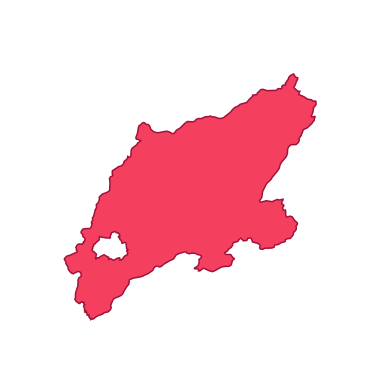 Lima Puluh Kota, Sumatera Barat, Indonesia (Equal Earth projection), rotated 68°
{"feature_id": "22746128B97954273808268", "entity_name": "Lima Puluh Kota", "entity_type": "district", "adm_level": 2, "iso_a3": "IDN", "parent_name": "Indonesia", "parent_adm1": "Sumatera Barat", "projection": "equal_earth", "projection_center": [100.621, 0.029], "detail": "fine", "context": "isolated", "style": "filled", "palette": "rose", "viewbox_px": 384, "rotation_deg": 68, "n_neighbors": 0, "source": "geoboundaries", "source_scale": "gbopen_adm2", "svg_char_len": 6098}
<svg xmlns="http://www.w3.org/2000/svg" viewBox="0 0 384 384"><g transform="rotate(68 192 192)"><path d="M185.5,307.3L187.5,309.9L188.5,310.1L190.3,309.4L192.7,309.8L194.4,308.8L195.3,308.7L197.3,309.9L197.3,311.1L198.6,311.5L198.6,312.9L199.3,313.6L198.1,315.5L197.8,316.7L198.0,317.8L198.7,319.2L200.0,320.5L201.1,320.3L202.4,321.0L204.0,320.6L204.6,321.2L204.9,329.0L204.6,331.4L204.7,332.5L205.8,335.0L206.6,335.6L209.1,335.2L211.3,335.7L214.9,335.1L216.9,335.6L218.7,335.4L221.6,334.5L223.3,332.8L222.9,327.9L223.4,326.8L225.0,325.3L228.4,326.1L229.3,329.1L231.1,330.8L233.5,331.5L234.3,332.3L235.4,332.3L242.2,337.9L246.2,339.6L247.5,340.8L249.8,340.5L252.9,338.6L253.4,337.8L252.7,336.8L252.9,335.6L252.6,335.0L253.6,334.6L254.0,333.4L254.6,334.0L255.6,334.1L256.2,333.6L256.4,334.5L257.5,335.4L260.0,335.2L261.0,336.0L261.7,335.6L262.3,335.9L262.6,335.3L263.1,336.3L263.7,336.0L263.9,334.8L267.0,335.3L267.1,333.7L268.3,333.8L268.4,334.2L270.5,334.1L271.3,333.8L271.1,333.2L271.8,333.3L271.6,333.1L272.5,332.5L272.7,330.7L272.1,329.0L271.5,325.7L271.7,320.8L271.0,318.3L271.7,314.7L270.7,311.9L269.1,310.3L266.5,309.8L261.9,305.2L261.5,302.8L261.6,299.2L261.3,296.5L260.6,294.5L258.5,292.3L254.9,287.3L253.8,285.0L252.6,284.8L252.1,283.9L250.7,283.7L249.9,282.9L249.9,278.3L251.0,273.7L251.6,269.7L251.3,267.6L251.3,263.8L250.0,257.7L248.0,255.5L247.6,254.2L247.4,252.8L247.9,251.5L249.0,250.8L249.4,249.9L249.4,248.0L248.4,245.4L247.3,237.9L247.2,234.2L244.4,230.2L244.2,226.8L244.9,220.4L245.5,219.8L246.4,219.8L248.2,217.8L248.6,215.0L249.7,212.8L250.8,211.2L252.2,210.2L253.3,208.3L255.3,207.2L256.3,208.2L257.2,210.8L260.5,212.0L262.8,214.3L263.3,217.8L263.6,218.3L264.3,218.1L265.6,215.2L267.2,215.0L267.5,215.5L268.0,214.7L268.0,213.6L267.0,210.7L267.5,209.3L271.4,205.6L273.5,202.9L273.6,201.2L272.6,192.7L273.6,188.6L274.6,186.2L274.7,184.3L274.2,182.9L270.6,180.1L270.1,178.4L269.8,177.8L269.3,177.8L268.2,178.7L264.9,179.4L264.2,180.0L262.7,183.8L261.4,184.6L260.5,184.3L260.0,181.0L258.8,179.8L258.0,176.4L256.5,174.2L255.0,173.7L254.4,171.4L255.0,169.4L254.9,167.9L253.9,166.5L253.1,164.5L253.2,164.1L253.8,163.7L256.5,162.7L257.5,159.4L255.9,157.6L255.8,157.0L256.8,154.8L257.6,154.4L261.0,154.6L264.0,150.7L265.8,149.1L267.1,148.9L269.2,150.2L270.0,150.2L270.4,150.0L271.6,148.1L271.7,147.7L271.4,146.2L271.5,145.7L272.1,143.2L272.7,142.8L272.8,141.8L273.9,138.8L273.9,136.9L273.8,136.4L272.3,135.4L272.1,134.8L272.9,132.6L272.9,130.9L272.4,128.7L272.9,124.8L272.7,124.1L271.3,123.4L271.1,121.6L271.1,120.7L271.9,118.4L269.8,114.4L267.5,112.8L266.7,110.8L265.5,109.2L262.4,108.1L261.4,106.4L260.3,105.8L256.8,107.5L252.6,108.4L251.3,109.9L251.0,110.6L250.9,112.9L250.4,113.8L247.6,113.6L245.7,112.5L244.4,112.5L243.8,112.0L243.6,112.1L243.5,113.3L243.1,114.0L241.1,114.0L240.1,113.5L239.3,112.1L238.8,111.8L237.7,112.2L236.8,113.1L236.0,113.1L234.4,111.9L233.5,110.6L232.7,110.3L232.3,113.5L231.6,114.9L230.8,115.7L231.0,121.3L228.0,126.3L227.7,127.6L227.9,128.4L227.4,129.7L227.4,131.8L226.9,132.4L225.6,132.8L223.1,129.3L218.0,126.3L212.7,120.4L211.9,119.2L210.0,114.2L208.1,111.6L204.8,105.3L202.7,102.2L199.9,100.3L198.0,97.9L194.4,91.1L191.6,88.9L188.0,87.2L186.4,85.6L185.3,83.1L185.6,81.5L187.0,77.8L185.9,74.7L184.0,73.0L182.4,72.7L180.6,69.6L179.4,68.9L178.5,67.7L176.1,65.7L175.8,64.4L175.7,61.1L173.3,55.0L172.2,53.6L171.5,51.9L169.4,50.8L169.2,50.2L168.2,49.7L167.7,50.3L167.7,51.5L167.3,52.5L166.6,53.1L163.4,50.1L159.1,47.4L157.9,44.8L157.1,44.1L154.6,43.2L154.0,43.4L153.0,45.7L151.2,46.8L149.1,50.1L145.4,52.7L141.7,56.4L140.5,55.8L139.0,54.3L138.4,56.0L133.7,58.3L132.8,58.2L131.7,56.5L128.4,53.5L126.9,51.7L125.7,51.2L124.2,53.0L120.6,53.6L120.8,56.9L121.8,59.1L122.6,60.0L123.5,60.3L124.2,61.9L125.4,63.2L125.9,64.6L127.6,65.0L127.8,65.8L127.0,67.1L127.3,68.3L128.0,69.3L129.4,69.9L129.8,70.6L128.3,73.5L129.5,76.1L128.6,77.6L126.1,84.5L123.3,87.8L122.9,89.9L124.8,94.5L126.0,95.1L124.9,99.6L125.9,99.8L127.4,103.8L129.5,107.8L128.7,114.6L129.6,117.3L129.6,120.3L130.7,123.6L132.2,125.8L134.9,135.0L134.8,136.7L134.3,138.7L132.9,140.8L131.6,141.9L129.4,145.6L128.4,146.6L128.3,148.3L127.2,151.5L127.4,155.2L127.2,156.6L126.3,158.3L126.2,159.9L126.3,161.1L127.2,162.5L127.4,164.5L124.9,169.9L125.5,172.5L128.2,179.0L128.9,183.3L131.0,186.8L130.2,188.8L128.3,190.0L126.1,192.6L124.4,201.0L122.8,203.9L120.9,205.5L119.3,206.3L117.9,206.7L115.0,206.5L113.2,207.2L111.8,209.5L110.1,210.0L109.3,211.4L109.7,212.9L110.7,214.9L110.5,216.0L112.4,217.7L116.9,220.4L120.3,223.5L121.4,223.9L122.3,223.6L123.2,222.2L125.2,220.3L125.9,222.0L126.2,224.0L127.5,225.6L128.9,230.9L129.5,231.8L130.8,232.9L136.0,235.3L136.4,237.2L134.9,238.2L136.6,239.2L137.7,241.6L137.8,242.6L138.7,244.0L139.3,244.0L140.6,245.5L141.3,248.2L140.9,251.0L141.2,251.2L142.4,257.8L145.0,259.1L146.9,259.2L147.3,260.1L147.4,261.9L148.4,263.4L152.8,264.6L159.6,267.8L160.3,269.2L160.5,272.4L160.3,275.8L161.7,279.5L162.2,280.0L164.5,280.9L165.8,282.0L167.4,283.9L167.4,284.9L167.9,285.5L170.2,286.2L171.1,286.8L172.2,288.4L176.2,291.2L178.6,293.4L178.7,293.9L181.2,294.9L182.3,296.5L183.6,296.9L183.9,296.5L186.3,298.3L187.4,299.8L187.5,300.5L186.0,304.7L185.5,307.3ZM219.9,273.8L220.4,273.4L221.0,273.6L221.4,273.0L221.9,273.5L221.7,274.1L221.9,274.6L223.4,274.6L224.1,274.2L225.3,275.2L226.0,275.4L226.0,277.9L226.6,278.8L226.8,280.0L227.9,280.9L228.3,282.8L228.2,284.3L225.9,283.7L225.4,285.9L226.0,290.1L223.2,292.6L223.2,294.6L221.3,293.7L220.3,294.7L217.2,297.1L217.5,300.8L218.0,302.9L217.5,304.8L218.1,306.1L217.2,306.2L213.9,303.9L210.6,305.3L209.6,306.4L208.1,306.1L207.4,305.3L205.9,304.8L205.3,303.6L203.9,302.7L203.9,301.7L202.9,299.6L201.7,296.1L198.6,294.4L200.4,292.3L201.3,290.4L202.0,289.7L203.6,286.0L204.1,285.6L203.6,284.8L201.6,283.8L201.0,282.9L199.6,282.1L199.7,278.8L200.4,277.6L201.3,277.5L202.3,275.7L202.8,275.8L203.9,275.0L204.6,275.1L205.1,275.8L206.1,275.7L205.9,276.2L206.0,277.0L206.9,277.0L207.7,276.4L209.2,276.6L209.8,276.0L212.3,275.8L213.2,276.1L213.5,275.4L213.4,273.4L214.5,272.3L219.9,273.8Z" fill="#f43f5e" stroke="#9f1239" stroke-width="1.5"/></g></svg>